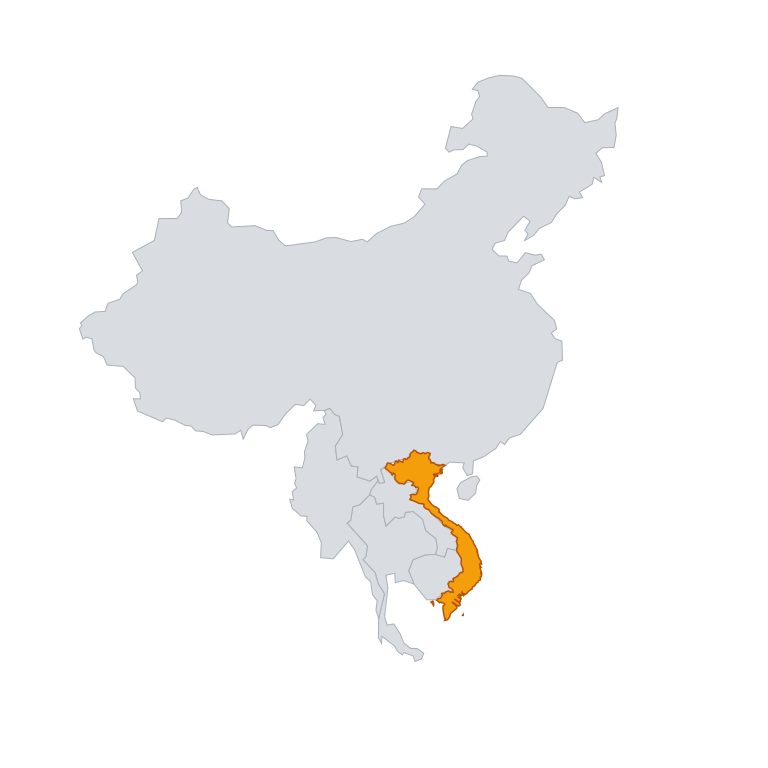 map of Vietnam with Cambodia, Thailand, Laos and 2 others greyed out, rotated 348°
{"feature_id": "VNM", "entity_name": "Vietnam", "entity_type": "country or territory", "adm_level": 0, "iso_a3": "VNM", "parent_name": "Asia", "parent_adm1": "", "projection": "robinson", "projection_center": [106.111, 15.964], "detail": "fine", "context": "with_neighbors", "style": "filled", "palette": "amber", "viewbox_px": 768, "rotation_deg": 348, "n_neighbors": 5, "source": "natural_earth", "source_scale": "50m", "svg_char_len": 11058}
<svg xmlns="http://www.w3.org/2000/svg" viewBox="0 0 768 768"><g transform="rotate(348 384 384)"><path d="M371.7,585.8L369.3,571.7L375.9,561.9L389.2,559.7L398.8,561.4L407.3,565.9L411.9,557.9L421.0,562.2L423.4,570.0L422.1,584.0L404.9,593.1L409.4,600.2L398.6,601.0L389.6,605.7L381.0,604.0L371.7,585.8Z" fill="#d9dde1" stroke="#a8b0b8" stroke-width="1"/><path d="M398.8,561.4L389.2,559.7L375.9,561.9L369.3,571.7L371.7,585.8L362.5,580.4L353.7,580.6L355.2,571.4L346.2,571.5L345.3,584.4L336.2,611.9L336.9,620.4L343.6,620.7L347.8,631.4L349.6,641.6L355.3,648.3L361.6,649.7L366.9,655.7L363.5,660.6L356.7,661.9L355.9,655.9L347.5,650.8L345.7,652.9L341.6,648.4L339.9,642.6L329.5,630.4L327.7,637.3L325.8,630.8L330.1,612.2L340.8,589.3L336.9,578.6L336.0,566.6L326.8,551.4L330.3,549.2L334.2,539.0L318.9,512.4L323.2,510.3L328.0,497.6L335.2,497.1L347.0,489.3L351.4,492.9L351.9,500.0L358.8,500.5L356.2,512.9L356.4,523.4L367.2,516.4L370.2,518.5L376.2,518.1L378.3,514.0L386.0,514.8L393.7,524.4L394.3,535.9L402.6,546.1L402.1,556.1L398.8,561.4Z" fill="#d9dde1" stroke="#a8b0b8" stroke-width="1"/><path d="M421.0,562.2L411.9,557.9L407.3,565.9L398.8,561.4L402.1,556.1L402.6,546.1L394.3,535.9L393.7,524.4L386.0,514.8L378.3,514.0L376.2,518.1L370.2,518.5L367.2,516.4L356.4,523.4L356.2,512.9L358.8,500.5L351.9,500.0L351.4,492.9L347.0,489.3L349.2,485.0L357.9,477.4L358.8,480.1L364.2,480.5L362.8,467.0L368.1,465.3L378.4,485.2L390.9,485.3L394.8,495.6L388.3,498.6L385.4,502.8L397.6,509.8L412.5,534.0L420.3,542.2L422.8,550.5L421.0,562.2Z" fill="#d9dde1" stroke="#a8b0b8" stroke-width="1"/><path d="M347.0,489.3L335.2,497.1L328.0,497.6L323.2,510.3L318.9,512.4L334.2,539.0L330.3,549.2L326.8,551.4L336.0,566.6L336.9,578.6L340.8,589.3L330.1,612.2L329.1,603.5L332.3,594.5L328.9,587.6L329.9,574.8L325.7,568.8L320.8,539.9L316.5,530.2L298.0,544.5L285.9,540.7L289.7,526.1L287.7,515.2L280.0,501.6L281.3,497.4L275.4,495.9L268.4,486.4L267.9,476.9L271.4,478.7L271.8,470.3L276.9,467.5L275.9,462.5L278.3,458.5L278.9,446.4L286.7,449.1L291.4,439.4L292.1,433.7L297.9,423.9L297.7,417.2L310.9,409.1L318.0,411.2L317.3,404.0L320.9,401.8L320.2,397.4L326.1,396.5L329.3,403.4L333.6,406.2L333.2,424.8L323.5,434.6L322.1,448.5L332.7,446.6L335.0,457.4L341.4,459.7L338.4,469.4L350.2,476.0L357.7,472.5L357.9,477.4L349.2,485.0L347.0,489.3Z" fill="#d9dde1" stroke="#a8b0b8" stroke-width="1"/><path d="M442.3,515.3L433.9,511.7L433.6,501.6L438.6,496.3L449.6,493.0L455.5,493.3L457.8,497.8L453.4,502.9L451.0,509.7L442.3,515.3ZM164.4,232.7L164.5,226.1L171.3,223.1L165.2,203.0L189.2,195.8L198.3,175.4L216.0,179.1L221.7,174.0L223.3,162.5L230.9,161.4L238.6,153.8L242.2,152.9L243.8,160.8L250.9,166.9L263.5,171.2L269.1,180.4L264.5,193.8L267.5,198.7L290.7,202.3L301.6,209.5L307.3,210.8L311.0,221.5L316.2,228.4L345.9,230.7L358.4,229.1L367.7,230.8L381.5,237.9L392.9,237.9L397.1,241.5L408.1,235.2L423.3,231.2L437.4,230.8L448.3,226.7L461.4,216.6L456.7,208.3L461.4,200.9L476.3,204.2L485.3,198.1L499.2,193.7L505.5,186.1L511.8,182.9L525.0,181.4L532.4,182.7L533.1,178.6L524.3,170.6L516.7,166.9L510.0,171.2L500.9,169.4L495.8,170.8L493.2,166.2L503.0,146.1L514.0,150.4L526.2,143.2L525.8,138.3L532.8,126.4L537.4,122.8L536.8,116.6L531.7,114.0L538.5,108.4L549.2,106.4L560.8,106.1L574.2,109.4L582.4,113.5L597.2,136.5L601.9,147.6L618.0,151.2L629.7,159.4L634.7,170.1L648.6,170.1L655.9,165.6L670.4,162.2L667.1,172.5L664.2,176.7L662.8,189.2L658.2,200.4L646.6,198.3L639.2,202.4L642.8,212.3L643.0,226.0L638.2,226.3L638.9,232.2L632.1,225.4L629.1,231.9L615.0,236.9L617.1,243.0L608.9,242.5L604.1,238.9L598.3,247.1L588.4,253.4L581.3,260.8L568.1,264.2L561.4,269.7L551.3,272.9L556.1,267.4L553.8,262.9L560.8,255.1L555.4,249.0L537.1,261.2L531.6,268.7L522.2,269.3L517.6,274.7L523.0,282.6L531.0,284.5L531.5,289.8L539.3,293.2L549.7,284.9L558.5,289.4L564.8,289.7L566.7,295.8L553.2,299.1L549.0,305.4L539.9,311.3L535.3,319.4L546.1,325.9L550.4,337.4L564.0,357.2L564.3,365.9L558.2,369.1L560.9,375.3L566.9,379.0L563.5,397.8L558.0,398.9L534.5,440.9L506.9,461.6L495.5,462.9L489.4,468.2L485.8,464.4L480.2,470.2L466.1,476.0L455.4,477.8L452.0,490.2L446.4,490.9L443.6,482.4L446.0,477.9L432.4,474.1L427.6,476.0L417.4,473.0L412.6,468.2L414.2,461.5L404.9,459.3L400.0,454.9L391.4,461.2L373.5,462.5L362.8,467.0L364.2,480.5L358.8,480.1L357.7,472.5L350.2,476.0L338.4,469.4L341.4,459.7L335.0,457.4L332.7,446.6L322.1,448.5L323.5,434.6L333.2,424.8L333.6,406.2L329.3,403.4L326.1,396.5L320.2,397.4L309.5,395.6L313.0,390.7L308.5,383.4L301.2,388.4L293.0,385.5L281.3,392.9L271.9,401.7L263.8,403.1L259.5,400.0L247.2,397.0L241.7,399.9L234.8,408.7L234.3,399.4L228.1,401.9L205.3,398.1L197.4,392.9L189.8,390.6L186.7,385.0L181.2,383.3L171.6,375.7L163.9,372.0L159.6,374.9L137.3,359.2L135.7,346.3L142.6,347.9L143.4,341.9L140.0,335.9L141.8,326.3L132.6,312.6L117.1,307.9L115.2,298.9L108.7,293.5L107.4,290.1L107.6,278.9L102.0,276.3L98.7,277.4L97.6,266.6L100.7,263.9L99.7,261.2L109.5,255.7L116.4,253.5L126.3,255.0L130.9,247.6L143.2,246.2L147.2,241.6L162.8,235.4L164.4,232.7Z" fill="#d9dde1" stroke="#a8b0b8" stroke-width="1"/><path d="M426.8,476.5L425.2,476.7L424.1,477.7L423.4,478.2L422.3,478.6L421.1,479.2L420.8,480.2L420.6,481.9L418.6,483.1L418.1,483.0L417.7,482.5L417.2,482.6L416.8,482.8L416.3,482.8L415.8,483.1L415.2,483.0L414.2,482.5L413.8,482.5L413.7,483.0L414.3,484.8L414.5,485.6L412.4,488.1L412.6,489.6L412.1,490.8L410.8,491.8L408.5,494.3L407.5,494.4L406.7,494.9L404.9,499.1L404.9,500.5L404.6,501.5L404.7,502.5L403.9,504.4L403.1,505.3L403.0,506.3L405.7,511.8L407.5,514.0L408.3,514.6L409.3,515.1L411.0,517.0L411.9,518.3L411.5,519.1L411.7,521.0L410.4,520.4L410.6,520.6L412.1,521.6L414.3,525.1L418.3,528.7L418.9,530.6L420.7,531.8L422.7,533.6L422.6,534.0L424.4,535.4L425.3,536.4L425.6,537.3L426.1,537.5L426.6,537.3L427.6,537.2L428.2,538.3L429.0,539.2L429.4,540.0L429.7,539.9L430.0,540.1L430.2,541.2L431.3,542.6L431.9,543.9L433.2,546.0L434.2,547.2L435.7,548.4L436.5,550.7L436.9,552.8L437.8,555.1L438.4,556.2L438.5,558.1L439.0,560.1L439.6,561.4L439.7,562.7L440.7,566.2L440.6,567.3L440.1,566.3L440.2,569.4L440.6,571.0L440.4,573.0L440.8,573.7L441.5,576.0L442.0,576.8L442.0,579.6L442.2,581.0L441.6,580.1L441.1,579.2L440.5,579.7L439.9,580.4L440.8,583.4L439.8,583.1L439.9,587.1L440.3,588.1L440.3,588.5L440.2,589.1L439.9,588.5L439.9,587.9L439.7,588.0L439.7,588.3L439.4,589.0L439.3,589.9L439.7,590.7L439.7,591.2L439.0,592.7L438.1,592.8L437.5,595.8L435.8,596.0L434.6,597.4L433.1,597.9L431.7,599.2L430.2,600.5L428.4,600.9L427.4,603.0L425.8,603.2L422.9,604.9L422.0,605.7L421.1,606.1L419.8,606.8L419.1,605.9L418.0,605.6L417.5,604.9L417.2,603.7L416.9,604.2L416.8,606.3L416.6,606.8L416.1,607.0L415.2,606.4L414.3,605.2L413.0,606.0L414.0,606.0L414.4,606.2L414.8,607.0L414.8,607.5L414.6,608.0L413.4,608.1L411.6,607.9L413.0,608.7L414.3,609.2L414.9,609.7L414.9,610.1L414.2,610.7L413.6,611.5L413.6,612.6L412.9,613.1L412.6,613.0L411.4,612.2L408.2,608.8L408.7,609.8L412.0,613.5L412.6,614.8L412.7,615.7L411.8,616.6L410.7,616.6L408.9,615.2L406.0,611.9L405.1,611.4L408.0,615.3L408.4,616.2L408.9,617.3L408.5,618.5L401.7,622.1L400.6,623.6L399.8,625.5L398.5,626.5L397.7,627.5L395.4,628.1L394.1,627.9L395.4,626.1L394.6,625.5L394.6,621.0L394.9,616.1L395.5,613.6L396.4,613.0L397.5,612.6L397.5,612.1L397.4,611.5L396.8,610.7L396.1,610.3L395.2,610.1L394.5,609.1L393.9,609.1L393.0,609.5L392.5,609.0L392.3,608.3L390.6,606.6L391.0,606.5L392.0,605.4L394.6,605.3L395.0,605.2L396.3,603.7L397.0,603.2L397.1,602.8L396.7,601.0L397.0,600.8L398.2,600.9L399.7,601.5L400.7,600.3L403.7,599.8L404.3,599.8L405.3,601.3L405.5,601.4L406.2,601.1L407.8,602.1L408.5,602.1L408.2,600.6L408.5,599.6L408.5,599.3L405.7,596.9L405.3,596.3L405.3,594.0L405.1,593.2L405.3,592.3L406.1,592.1L406.9,590.8L407.9,590.9L410.3,591.7L410.9,591.7L411.1,591.5L411.1,588.6L411.9,588.4L414.0,588.2L414.7,587.4L416.4,587.1L418.7,584.8L419.3,584.4L420.0,584.2L420.5,584.3L421.1,584.9L421.7,584.5L422.3,583.7L422.6,582.9L422.8,581.7L422.7,579.7L422.0,577.1L422.0,575.9L423.3,571.1L423.2,570.2L421.1,564.6L420.8,564.3L420.5,563.1L420.8,560.2L421.7,559.3L422.6,556.9L422.4,556.3L422.3,555.0L422.4,554.3L422.0,553.1L422.2,552.6L422.8,552.2L423.6,550.6L423.8,549.8L422.8,548.2L420.5,546.3L419.9,545.6L419.0,544.1L418.8,543.4L419.0,543.0L420.7,542.0L421.1,541.7L421.2,541.1L421.1,540.6L420.1,540.1L419.3,539.5L417.8,537.8L416.3,537.0L415.9,536.5L415.5,535.1L415.3,534.9L414.4,535.8L413.9,535.7L413.5,535.3L413.3,534.8L412.4,533.5L412.2,530.8L411.9,529.9L411.2,529.4L410.2,527.7L409.6,526.8L406.9,524.5L403.7,520.7L403.0,519.6L402.6,517.9L401.3,515.9L400.7,515.6L400.0,515.4L398.3,513.7L397.8,512.9L397.5,512.4L397.5,511.9L397.8,510.9L398.1,510.4L398.1,510.0L397.8,509.7L396.6,509.1L393.7,508.2L392.7,507.6L391.0,506.1L387.6,503.7L385.6,502.8L385.4,502.4L385.4,502.0L386.7,501.0L387.1,500.3L387.0,499.3L386.6,498.4L386.8,498.0L389.1,497.9L392.0,498.8L392.4,498.7L394.0,497.1L394.6,496.1L394.8,495.3L395.1,494.8L395.9,494.0L395.9,493.3L395.5,492.2L395.1,491.8L394.8,491.7L393.6,491.8L393.4,491.6L393.2,490.4L392.8,489.8L391.5,489.4L390.5,489.2L390.2,489.0L390.6,488.5L391.9,487.7L392.3,487.2L392.4,486.6L390.1,484.6L388.5,483.5L387.5,483.1L387.0,483.2L385.3,484.1L384.4,484.7L383.6,485.8L382.8,486.1L381.1,485.1L378.5,484.4L377.4,483.8L375.2,480.1L374.9,479.4L375.3,477.3L375.5,476.6L375.9,475.8L376.0,475.2L375.9,474.5L375.6,474.1L374.8,473.9L374.6,473.0L374.4,473.1L374.1,474.2L373.8,474.6L373.3,474.7L373.0,474.6L372.8,474.2L372.5,472.5L372.2,471.9L371.2,471.3L370.8,470.5L369.4,468.7L368.2,467.4L367.6,466.3L368.7,465.3L370.1,463.2L370.5,462.5L370.7,462.2L371.1,462.0L371.6,462.1L373.6,463.2L374.7,463.9L375.8,465.3L376.3,465.5L376.5,465.5L377.8,464.4L377.9,463.8L379.2,462.4L379.5,461.8L379.8,461.8L380.1,461.9L381.2,463.8L381.5,463.9L381.8,463.6L382.2,462.2L382.7,461.6L385.7,464.5L386.0,464.4L386.3,464.3L386.5,463.9L386.7,463.0L387.1,462.0L388.0,461.4L388.7,461.3L389.6,462.4L390.4,462.5L391.9,461.4L392.4,461.2L393.5,461.1L394.6,460.1L395.0,457.9L395.3,457.5L398.6,455.8L399.5,455.0L400.3,455.5L401.2,456.3L401.7,456.9L402.3,458.2L403.7,458.7L405.2,460.0L406.4,459.8L406.8,459.4L408.3,459.4L408.7,459.6L409.3,460.6L409.6,460.7L412.3,460.1L413.1,460.5L414.7,461.6L413.9,463.3L413.2,463.9L412.7,464.1L412.4,464.9L412.3,466.1L412.4,466.8L413.3,467.4L413.5,467.9L413.5,471.0L414.2,470.8L415.7,471.3L416.2,471.7L416.7,471.7L417.0,472.0L417.2,472.7L417.6,473.2L418.8,474.1L419.7,474.2L420.5,475.4L421.4,475.0L421.7,475.5L423.5,475.3L424.7,474.8L425.1,474.9L426.8,476.5ZM386.9,606.9L387.1,607.4L387.0,608.8L386.6,610.1L386.7,610.7L386.4,611.1L385.7,608.6L384.8,607.5L384.6,607.1L385.2,607.1L386.1,606.4L386.5,606.4L386.9,606.9ZM423.1,480.0L421.6,481.4L421.1,481.4L421.6,479.7L421.8,479.3L422.7,479.9L423.1,480.0ZM417.3,485.5L416.9,485.5L416.1,484.6L416.5,484.1L417.4,484.4L417.6,484.6L417.6,484.8L417.3,485.5ZM422.3,483.4L421.7,483.7L421.0,483.6L421.8,483.1L422.2,482.4L422.6,482.1L422.6,482.7L422.3,483.4ZM415.6,484.7L415.5,484.9L414.6,484.1L414.9,483.3L415.5,484.2L415.6,484.7ZM418.8,606.8L418.0,607.5L417.9,606.9L418.7,606.5L418.9,606.2L419.1,606.2L418.8,606.8ZM413.5,626.7L412.9,626.9L412.7,626.7L413.6,625.9L413.5,626.7Z" fill="#f59e0b" stroke="#b45309" stroke-width="1.5"/></g></svg>